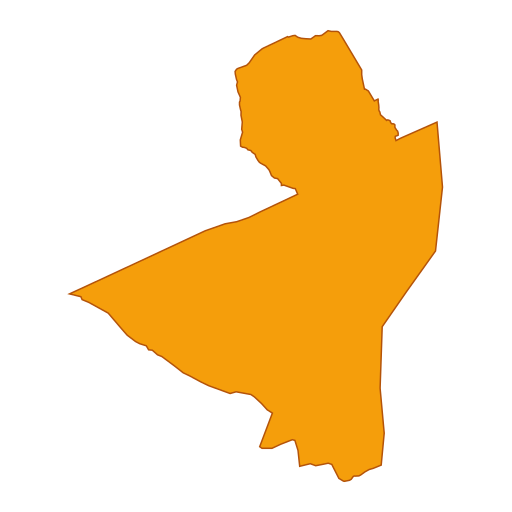 Tema West Municipal, Greater Accra, Ghana
{"feature_id": "2480657B69717792501029", "entity_name": "Tema West Municipal", "entity_type": "district", "adm_level": 2, "iso_a3": "GHA", "parent_name": "Ghana", "parent_adm1": "Greater Accra", "projection": "natural_earth1", "projection_center": [-0.066, 5.653], "detail": "fine", "context": "isolated", "style": "filled", "palette": "amber", "viewbox_px": 512, "rotation_deg": 0, "n_neighbors": 0, "source": "geoboundaries", "source_scale": "gbopen_adm2", "svg_char_len": 2264}
<svg xmlns="http://www.w3.org/2000/svg" viewBox="0 0 512 512"><path d="M69.5,293.9L80.9,296.7L82.1,299.6L88.6,302.3L108.2,313.1L121.6,328.8L127.2,335.2L135.5,341.5L139.7,343.7L146.3,345.8L148.6,349.8L152.3,350.2L157.5,354.8L161.8,356.5L174.3,365.8L183.2,372.8L189.5,375.8L201.2,382.1L208.7,385.7L230.1,393.5L236.1,391.8L250.9,394.5L254.4,396.9L261.5,403.5L267.2,409.8L272.4,413.1L259.7,446.7L262.0,448.3L272.0,448.3L280.8,444.2L292.3,439.7L294.9,440.4L298.0,450.4L299.7,466.3L310.3,463.7L315.7,465.7L321.4,464.6L328.2,463.2L331.8,464.4L333.4,467.6L338.9,478.4L343.4,481.1L344.5,481.3L349.5,480.3L351.2,479.3L353.3,476.4L354.3,476.0L355.1,476.1L358.9,475.9L360.8,474.9L364.9,471.9L369.2,469.5L373.1,468.4L381.2,465.1L384.2,433.2L380.1,388.2L382.2,326.7L406.8,291.2L435.5,251.0L442.5,187.1L437.0,122.1L400.6,138.2L396.0,140.6L395.4,138.6L395.1,137.9L395.3,136.3L398.1,135.3L398.2,133.8L398.1,132.8L397.6,131.1L396.8,130.4L394.9,127.4L394.9,126.3L394.9,124.9L394.3,124.2L393.0,123.7L392.0,123.9L390.7,122.7L390.1,120.8L388.6,120.1L387.2,119.9L386.6,120.4L383.0,117.0L380.5,114.8L379.8,111.9L379.1,110.8L378.8,109.5L378.9,107.6L378.7,105.0L378.1,101.0L378.3,100.1L378.0,99.1L374.3,100.9L368.4,91.0L365.4,89.1L364.5,89.2L364.2,87.9L362.3,79.0L361.7,74.6L361.7,70.0L342.7,38.1L339.4,32.7L338.2,31.7L336.8,31.4L331.3,31.4L328.0,30.7L323.2,34.3L322.2,35.0L321.1,35.6L320.3,35.5L319.2,35.8L317.7,35.7L315.4,35.7L314.1,36.7L310.8,39.0L305.5,38.7L301.3,38.3L297.7,37.2L295.1,35.4L292.8,35.7L290.3,36.5L288.5,37.1L287.6,36.6L264.2,47.7L262.1,48.8L254.7,54.9L249.2,62.8L246.6,65.3L238.0,68.4L236.6,69.2L235.7,70.5L235.1,71.4L235.3,74.0L236.5,79.4L237.5,81.9L236.6,85.2L238.0,91.9L240.4,97.3L240.1,101.0L239.5,102.1L239.5,105.0L240.6,109.9L241.1,111.5L241.0,115.2L242.3,122.0L241.7,129.3L242.6,132.2L240.3,139.9L240.6,146.1L242.5,147.2L244.3,147.4L246.7,148.3L247.9,149.8L250.8,150.5L252.2,152.3L255.2,154.4L255.9,156.9L256.2,157.4L257.9,160.3L259.4,162.3L260.8,163.3L265.6,165.9L269.0,169.8L269.8,171.4L271.5,175.6L274.4,178.0L277.6,178.6L281.4,183.4L281.4,185.5L283.9,185.1L293.2,188.4L295.3,188.6L295.6,189.3L297.7,194.2L260.1,211.9L248.9,217.5L236.7,221.7L225.1,223.8L205.4,230.7L110.1,275.1L72.5,292.5L69.5,293.9Z" fill="#f59e0b" stroke="#b45309" stroke-width="1.5"/></svg>